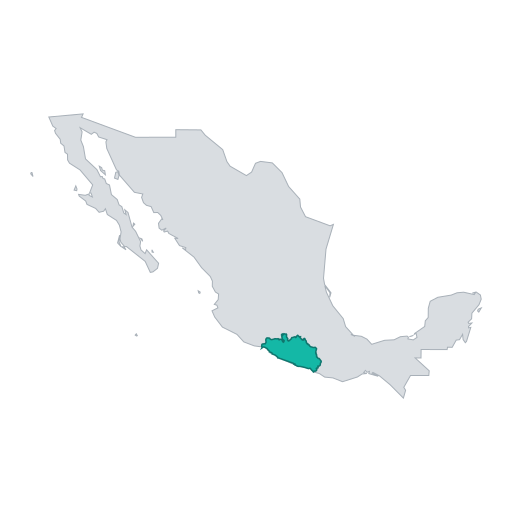 Mexico, with Guerrero highlighted
{"feature_id": "MEX-2729", "entity_name": "Guerrero", "entity_type": "State", "adm_level": 1, "iso_a3": "MEX", "parent_name": "Mexico", "parent_adm1": "", "projection": "mercator", "projection_center": [-99.836, 17.594], "detail": "fine", "context": "in_parent", "style": "filled", "palette": "teal", "viewbox_px": 512, "rotation_deg": 0, "n_neighbors": 0, "source": "natural_earth", "source_scale": "10m", "svg_char_len": 8965}
<svg xmlns="http://www.w3.org/2000/svg" viewBox="0 0 512 512"><path d="M48.8,117.0L83.1,113.9L81.5,117.4L135.5,137.3L175.8,137.2L175.8,129.7L200.9,129.9L205.2,135.2L222.7,149.6L226.9,161.6L230.1,166.2L246.4,175.6L251.6,172.1L255.5,163.3L260.5,161.4L272.3,162.9L282.0,172.6L288.6,186.5L299.8,199.1L300.5,207.0L305.5,216.7L330.1,225.8L333.4,224.4L326.0,249.1L323.5,278.3L324.6,284.5L331.0,292.8L329.7,297.3L330.0,292.8L324.8,285.7L326.4,292.2L332.8,305.8L343.2,318.6L345.6,326.6L352.9,334.7L350.9,334.5L355.0,336.4L353.7,335.3L361.4,336.3L366.9,339.1L371.7,344.3L384.6,340.3L394.1,339.8L400.4,336.7L407.1,336.1L408.4,337.2L407.9,338.9L413.3,339.9L417.0,337.4L416.1,333.3L414.3,334.3L414.7,333.4L424.7,326.5L425.3,320.8L428.2,317.5L428.3,308.2L430.2,301.3L437.8,297.3L451.2,295.1L457.0,292.8L463.6,292.2L474.3,294.6L475.2,293.1L472.4,293.0L476.1,292.0L480.4,295.0L481.2,299.2L479.0,304.7L471.9,313.2L471.6,318.8L468.1,322.2L468.7,323.4L471.9,323.0L468.5,326.5L468.6,327.9L470.8,327.4L466.5,341.4L465.3,342.7L463.1,339.5L462.6,334.3L459.5,339.7L456.2,340.1L452.2,347.3L447.5,347.2L447.1,349.6L421.1,349.5L421.0,358.0L415.1,357.9L429.2,370.8L428.8,375.5L410.5,375.5L403.8,387.3L405.6,390.3L403.4,398.1L390.1,384.7L379.4,375.8L372.9,372.4L372.1,373.2L378.2,376.3L368.8,373.6L369.4,371.4L367.0,372.3L365.4,370.4L363.7,372.5L366.8,373.5L362.1,374.0L357.4,377.0L342.5,381.7L332.9,377.9L324.7,377.1L319.3,373.5L313.8,372.1L310.4,368.6L297.2,365.9L280.7,358.7L270.0,352.0L265.4,347.4L254.3,345.9L243.8,341.9L237.0,334.4L222.4,327.1L214.7,317.0L212.0,310.8L217.9,307.9L216.9,305.2L214.3,304.4L218.2,299.6L218.6,294.0L215.4,292.0L212.3,286.3L212.4,281.1L210.3,276.5L201.6,267.7L194.0,257.1L182.2,247.8L185.6,249.6L185.8,247.6L179.5,245.6L174.8,238.3L178.1,238.5L168.9,233.5L167.6,231.1L164.2,232.0L163.6,230.9L166.2,228.0L161.8,230.2L159.1,228.1L158.5,223.3L161.7,218.9L162.9,219.8L160.7,215.3L157.7,212.5L153.8,212.6L151.1,206.6L146.4,205.3L143.5,202.7L141.6,197.4L142.8,194.0L134.4,192.3L119.6,175.3L118.7,171.2L116.5,169.9L106.8,148.5L105.9,141.9L107.0,139.7L98.7,137.0L96.8,133.4L94.1,132.2L91.3,134.3L80.1,127.7L82.1,131.9L80.8,140.1L83.4,146.6L85.5,158.9L96.9,169.6L100.5,176.8L102.2,176.5L103.1,178.6L104.7,178.9L106.3,183.5L109.5,185.0L111.4,194.6L117.2,199.5L119.1,204.9L121.8,206.6L123.8,213.0L126.1,214.6L124.8,209.8L128.0,212.5L132.0,227.1L135.6,231.3L140.6,241.6L139.9,246.0L141.0,249.9L145.1,253.6L146.6,249.8L158.6,263.3L157.5,268.3L152.9,271.9L150.3,272.4L145.2,261.4L126.4,246.5L124.7,246.7L120.8,242.1L120.0,238.9L121.1,231.9L119.4,225.2L116.5,220.4L107.3,214.5L105.4,208.7L103.7,211.2L99.1,212.3L95.6,208.4L87.0,204.4L85.7,201.0L79.2,196.1L78.6,194.4L85.3,195.3L89.1,193.9L89.1,195.4L92.4,197.0L91.1,193.1L89.6,192.9L92.7,184.9L80.0,169.9L69.5,163.2L67.6,159.9L67.5,154.2L65.0,152.4L64.0,146.0L60.7,143.2L60.2,139.3L55.5,133.3L54.6,130.5L56.1,128.5L52.8,126.1L48.8,117.0ZM119.0,175.5L117.9,179.4L114.5,178.1L115.8,172.3L117.8,171.7L119.0,175.5ZM105.4,174.8L100.6,170.6L99.3,166.2L101.7,167.7L102.3,170.1L104.7,170.7L105.4,174.8ZM478.8,312.1L477.6,310.9L478.2,309.2L481.3,307.9L478.8,312.1ZM121.1,246.7L117.6,242.9L119.6,235.1L119.1,242.1L121.1,246.7ZM76.7,190.7L74.1,190.1L75.8,185.9L77.0,189.0L76.7,190.7ZM33.0,176.5L30.7,173.8L31.2,172.5L32.0,172.6L33.0,176.5ZM123.9,246.8L126.0,249.8L121.7,246.9L123.9,246.8ZM200.2,292.1L199.8,293.4L198.7,292.9L198.2,290.8L200.2,292.1ZM141.9,238.9L142.7,241.3L140.4,238.3L141.9,238.9ZM133.5,223.1L134.8,224.2L132.9,226.4L133.5,223.1ZM137.3,335.7L136.5,336.0L135.2,335.1L136.3,333.8L137.3,335.7ZM411.6,336.1L409.3,336.7L413.3,335.4L411.6,336.1ZM153.3,252.3L152.1,252.1L151.9,249.8L153.3,252.3Z" fill="#d9dde1" stroke="#a8b0b8" stroke-width="1"/><path d="M313.4,371.9L313.2,371.8L313.1,371.7L313.0,371.2L312.4,370.8L311.3,369.7L310.8,369.0L310.4,368.5L310.3,368.4L310.2,368.3L309.8,368.3L309.7,368.4L309.4,368.4L309.2,368.5L308.6,368.6L308.3,368.6L307.8,368.4L305.0,367.5L302.6,366.9L301.7,366.7L300.0,366.4L299.1,366.4L298.4,366.4L298.0,366.3L297.6,366.2L297.2,366.1L296.5,365.7L295.7,365.1L295.3,364.9L295.2,364.9L295.1,365.0L295.0,364.9L294.9,364.8L294.9,364.7L295.1,364.8L295.1,364.7L294.9,364.6L294.7,364.6L294.6,364.4L294.7,364.2L294.8,364.2L294.8,363.9L294.7,363.9L294.2,363.9L294.1,364.0L294.3,364.1L294.2,364.3L293.9,364.2L293.8,363.9L293.7,363.8L293.4,363.5L293.3,363.3L292.9,363.1L291.8,362.7L291.1,362.5L289.4,361.9L288.2,361.4L284.7,360.2L283.5,359.7L282.6,359.5L281.7,359.0L280.9,358.8L279.9,358.5L279.2,358.2L278.4,358.0L277.9,357.7L277.7,357.8L277.6,357.6L277.8,357.5L277.7,357.2L277.0,356.5L276.1,355.9L275.9,355.6L274.8,354.9L273.6,354.5L272.9,354.2L272.0,353.9L272.0,353.7L272.2,353.4L272.1,353.2L271.5,352.6L271.0,352.5L270.6,352.6L270.6,352.4L270.4,352.4L270.3,352.2L270.1,352.2L269.8,351.9L269.3,351.8L269.3,351.2L269.0,350.7L268.6,350.4L267.9,349.9L267.8,349.5L267.5,349.3L267.5,349.1L267.0,348.4L266.1,348.1L265.3,347.5L264.4,347.2L263.8,346.9L262.9,347.1L262.7,347.3L262.4,347.5L262.2,347.8L261.9,348.0L262.1,347.6L262.1,347.4L262.1,347.2L261.8,346.7L261.7,346.5L261.7,345.6L261.8,345.2L261.9,344.8L261.9,344.5L262.0,344.4L262.1,344.2L262.3,344.1L262.5,344.0L263.1,344.0L263.5,343.9L264.0,343.8L264.4,343.8L264.6,343.7L265.0,343.7L265.3,343.7L265.4,343.3L265.9,342.7L266.0,342.4L266.1,342.0L265.9,341.0L265.8,339.9L266.0,339.0L266.6,338.1L267.1,338.0L267.7,337.9L269.1,338.1L269.3,338.1L269.5,338.2L269.7,338.4L269.9,338.6L270.0,338.8L270.1,339.0L270.3,339.2L270.6,339.4L270.9,339.5L271.2,339.6L271.5,339.6L272.3,339.5L273.8,339.1L274.5,338.9L274.9,338.7L277.2,338.9L277.9,338.7L278.2,338.7L278.5,338.9L278.5,339.2L278.6,339.3L278.8,339.2L279.0,339.2L279.0,339.3L279.2,339.8L279.7,339.6L279.8,339.5L279.6,339.3L281.1,339.3L281.3,339.4L281.8,340.0L282.0,340.1L282.2,340.3L282.4,340.3L282.5,340.1L282.8,340.1L282.9,340.3L282.9,340.5L282.8,340.8L282.6,340.9L282.5,341.1L282.5,341.4L282.7,341.6L283.0,341.9L283.4,341.4L283.5,341.4L283.7,341.5L283.8,341.7L284.1,341.1L284.2,340.8L284.1,340.5L283.4,339.9L282.6,339.4L282.3,339.2L282.2,338.9L282.2,338.6L282.2,338.2L282.1,337.9L282.1,337.5L282.0,337.2L281.8,336.9L281.8,336.5L281.9,336.3L282.1,336.1L282.2,335.8L282.0,335.5L281.7,335.3L281.5,335.1L281.5,334.8L281.7,334.6L281.9,334.3L282.1,334.1L282.3,333.9L282.6,334.0L282.8,334.2L282.9,334.5L283.0,334.9L283.3,334.6L283.4,334.4L283.5,334.1L283.9,333.7L284.4,333.9L285.0,334.0L285.5,334.1L286.3,334.1L286.4,334.4L286.4,334.6L286.5,334.8L286.7,335.0L286.4,335.7L286.4,336.0L286.6,336.5L286.6,337.1L286.7,337.4L286.9,337.5L287.5,338.2L287.7,338.5L287.8,338.8L287.8,339.2L287.6,339.6L287.5,340.0L287.7,340.3L287.8,340.4L287.9,340.5L288.1,340.8L288.3,340.9L288.5,340.9L288.7,341.0L288.9,340.9L289.0,340.8L289.1,340.6L289.4,340.4L290.3,339.7L290.7,339.4L291.0,339.1L291.2,338.7L291.4,338.3L291.7,337.8L291.8,337.6L292.3,337.6L292.6,337.5L292.9,337.4L293.2,337.3L294.1,337.0L294.7,336.9L294.9,336.8L295.1,336.9L295.3,337.1L295.7,337.4L295.8,337.5L296.2,337.1L296.2,336.9L296.3,336.6L296.4,336.4L297.3,335.6L297.6,335.3L297.9,335.4L298.2,335.8L298.4,336.0L298.6,336.1L298.8,336.5L299.0,336.6L299.4,336.7L299.7,336.7L300.0,336.7L299.8,336.9L299.7,337.2L299.8,337.4L300.1,337.5L300.3,337.6L300.5,338.1L300.8,338.2L301.2,338.9L301.3,339.0L301.5,339.2L301.6,339.3L302.1,339.3L302.2,339.6L302.2,339.9L302.3,340.0L302.9,340.0L303.2,340.0L303.5,340.0L303.6,339.8L303.6,339.7L303.7,339.3L303.8,338.9L303.9,338.6L304.2,338.4L304.6,338.5L304.8,338.6L304.9,339.2L305.0,339.3L305.1,339.5L305.3,339.7L305.3,339.8L305.5,340.4L305.9,340.7L306.2,341.0L306.3,341.5L306.3,341.8L306.3,342.2L306.3,342.5L306.5,342.8L306.6,343.0L307.0,343.2L307.0,343.4L307.0,343.5L307.2,343.9L307.4,344.0L307.6,343.9L307.8,343.8L308.0,343.9L308.1,344.5L308.4,344.8L309.0,344.9L309.3,345.0L309.6,345.7L310.0,346.3L310.6,346.7L311.2,346.9L311.5,347.0L312.4,347.2L312.8,347.4L313.3,347.5L313.8,347.5L314.3,347.5L315.0,347.3L315.3,347.4L315.5,347.5L316.3,348.4L316.5,348.7L316.6,348.9L316.5,349.2L316.3,349.5L316.2,349.8L316.2,350.1L316.0,350.6L315.9,351.2L315.8,351.8L315.7,352.2L315.7,352.5L315.9,352.8L316.0,352.9L316.1,353.0L315.9,353.2L315.8,353.4L315.9,353.6L315.9,353.9L316.2,354.1L316.5,354.5L316.6,354.8L316.6,355.0L316.5,355.4L316.6,355.5L316.7,355.8L316.7,356.1L316.6,356.4L316.5,356.7L316.6,357.0L316.8,357.1L317.4,357.3L317.6,357.7L317.8,358.1L318.0,358.4L318.3,358.5L318.7,358.5L318.9,358.5L319.1,358.5L319.8,359.3L320.2,359.9L321.1,361.0L321.2,361.3L321.2,361.5L321.2,361.8L321.1,362.1L320.9,362.5L320.5,363.1L320.4,363.2L320.4,363.5L320.2,365.0L320.0,365.4L319.8,365.5L319.7,365.7L319.6,365.8L319.4,365.9L319.1,366.0L318.8,366.1L318.4,366.1L318.2,366.1L317.8,366.2L317.9,366.6L318.1,367.0L318.1,367.4L318.0,367.8L317.9,368.0L317.6,368.1L317.4,368.1L317.1,368.0L316.9,368.0L316.5,368.2L316.3,368.5L316.3,368.8L316.5,369.1L316.8,369.6L316.7,370.1L316.4,370.5L316.0,370.9L315.6,371.1L315.3,371.1L314.9,371.1L314.5,371.2L314.1,371.2L313.9,371.4L313.6,371.6L313.4,371.8L313.4,371.9Z" fill="#14b8a6" stroke="#0f766e" stroke-width="1.5"/></svg>